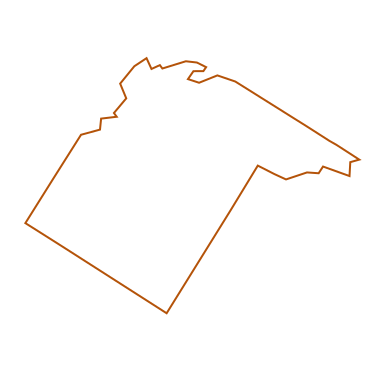 outline of Conway, Arkansas, United States of America, rotated 211°
{"feature_id": "52423323B98678441689198", "entity_name": "Conway", "entity_type": "district", "adm_level": 2, "iso_a3": "USA", "parent_name": "United States of America", "parent_adm1": "Arkansas", "projection": "equal_earth", "projection_center": [-92.701, 35.267], "detail": "fine", "context": "isolated", "style": "outline", "palette": "amber", "viewbox_px": 384, "rotation_deg": 211, "n_neighbors": 0, "source": "geoboundaries", "source_scale": "gbopen_adm2", "svg_char_len": 625}
<svg xmlns="http://www.w3.org/2000/svg" viewBox="0 0 384 384"><g transform="rotate(211 192 192)"><path d="M317.8,131.5L318.8,79.5L279.1,78.6L151.3,75.0L149.5,196.2L149.2,248.5L130.6,249.8L117.9,251.2L103.5,268.0L93.1,273.3L92.8,281.3L65.2,286.8L71.7,299.1L65.3,305.9L92.3,306.8L100.5,306.6L124.6,307.3L211.8,309.0L230.3,305.0L242.2,289.3L253.6,286.7L253.0,296.3L244.5,301.5L244.2,306.3L254.5,305.5L264.6,300.9L281.0,282.6L284.9,284.2L290.1,276.6L299.9,283.3L306.2,270.1L309.4,247.9L296.6,238.4L299.6,219.5L295.3,217.7L307.7,208.1L303.0,198.1L316.6,183.9L317.8,131.5Z" fill="none" stroke="#b45309" stroke-width="2"/></g></svg>